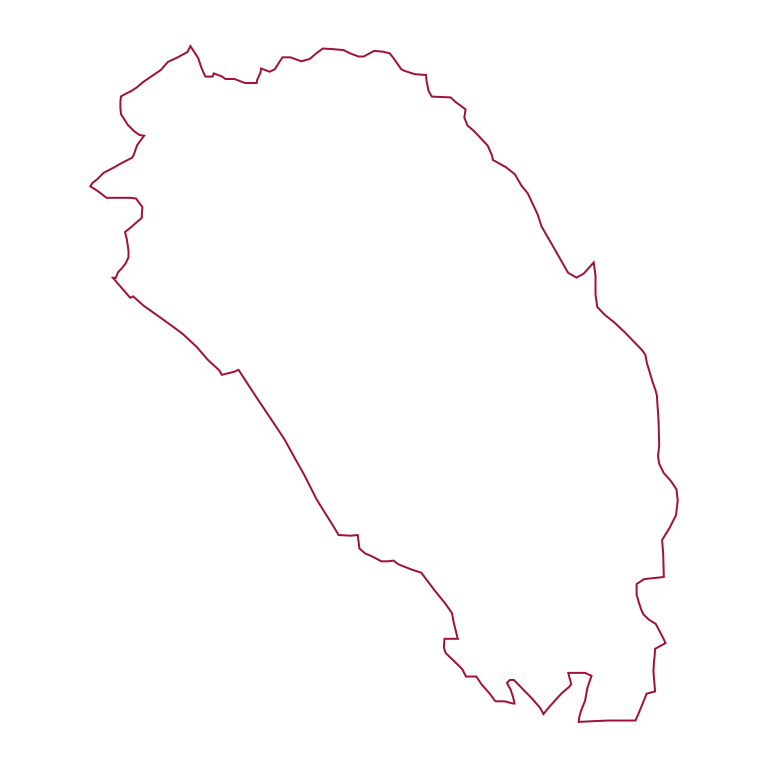 Sharbazher, As-Sulaymaniyah, Iraq
{"feature_id": "34846034B48461077478738", "entity_name": "Sharbazher", "entity_type": "district", "adm_level": 2, "iso_a3": "IRQ", "parent_name": "Iraq", "parent_adm1": "As-Sulaymaniyah", "projection": "mercator", "projection_center": [45.575, 35.704], "detail": "fine", "context": "isolated", "style": "outline", "palette": "rose", "viewbox_px": 768, "rotation_deg": 0, "n_neighbors": 0, "source": "geoboundaries", "source_scale": "gbopen_adm2", "svg_char_len": 3024}
<svg xmlns="http://www.w3.org/2000/svg" viewBox="0 0 768 768"><path d="M543.4,714.1L549.2,707.0L561.4,693.5L568.9,687.1L571.2,684.3L568.3,672.9L579.3,672.9L585.1,672.9L591.5,675.8L587.4,687.8L585.1,700.6L581.1,710.6L579.3,716.9L578.7,721.9L592.6,721.2L608.8,720.5L624.5,720.5L635.5,720.5L640.1,709.8L646.6,693.7L655.1,691.4L653.4,671.5L654.0,661.5L654.6,656.6L655.1,648.8L665.5,643.1L663.2,638.1L658.0,628.2L655.7,623.9L648.8,619.6L643.6,614.6L641.2,609.7L638.9,602.6L636.6,594.7L636.6,584.1L644.1,579.1L663.8,577.0L663.2,554.2L662.1,540.0L669.6,527.9L676.0,515.1L677.7,500.8L676.5,489.4L670.8,480.9L663.8,473.1L659.2,463.8L658.0,456.0L659.2,446.0L658.6,421.8L658.3,416.8L657.4,404.0L656.9,395.4L655.1,389.0L652.8,382.6L647.0,363.4L645.3,354.8L642.4,350.5L631.4,339.1L624.5,332.0L614.6,322.7L604.8,314.9L597.3,307.0L596.0,298.0L595.5,294.2L595.5,282.8L595.5,275.6L593.7,262.5L583.7,273.6L576.5,277.6L568.1,272.8L551.2,243.2L541.5,226.4L537.6,214.4L527.9,193.6L521.4,185.6L514.9,174.3L505.8,167.1L492.8,159.9L492.2,155.9L487.6,145.5L474.0,131.1L467.5,125.5L464.3,117.5L465.6,109.4L455.8,102.2L450.6,97.4L431.8,96.6L428.6,91.0L426.6,81.4L426.0,75.0L414.9,74.2L404.6,70.9L401.3,69.3L393.5,58.1L389.6,53.3L383.1,51.7L374.1,50.9L363.7,56.5L358.5,56.5L353.1,54.5L350.0,53.3L343.6,50.1L335.1,49.3L322.8,48.5L316.3,53.3L309.8,58.9L301.4,61.3L290.3,57.3L282.5,57.3L279.3,62.1L274.8,69.3L269.6,71.7L261.1,68.5L260.5,72.6L257.2,79.8L256.6,83.0L252.7,83.0L244.9,83.0L234.5,79.0L225.4,79.0L222.2,76.6L213.8,73.4L212.5,76.6L205.3,76.6L201.4,67.7L198.2,58.1L190.4,46.1L187.5,52.0L178.3,57.0L167.8,62.0L160.9,69.9L143.0,82.1L137.2,87.1L130.8,91.3L126.2,93.5L121.0,96.4L120.4,101.4L120.4,107.8L121.0,114.2L127.9,125.0L134.3,131.4L139.5,135.0L144.1,135.7L137.2,145.0L133.7,155.0L132.0,157.8L122.1,162.8L114.6,167.1L103.6,172.8L97.2,179.3L92.6,182.8L90.3,186.4L97.2,190.7L106.5,197.8L121.0,197.8L130.2,197.8L136.0,198.5L141.8,206.3L142.4,207.1L141.8,215.0L141.8,217.8L136.0,222.8L132.0,226.4L125.0,232.1L126.8,239.2L128.5,250.7L128.5,257.1L125.6,263.5L121.0,269.2L118.1,272.1L115.8,277.8L112.9,277.8L121.5,287.8L130.2,297.8L133.1,296.3L143.5,305.6L172.5,326.3L182.9,334.1L196.8,347.0L207.8,359.8L219.4,370.5L221.7,374.8L233.8,371.9L238.5,369.8L254.7,394.7L268.5,415.4L272.1,420.7L284.2,438.9L295.2,458.8L304.4,475.2L316.6,499.4L324.1,511.5L332.2,524.3L338.6,535.0L350.7,535.7L357.7,535.0L358.8,543.5L359.4,548.5L365.2,553.5L370.4,555.6L381.4,561.3L387.8,561.3L393.5,560.6L398.2,564.2L405.1,567.0L412.6,569.9L421.3,572.7L425.4,578.2L434.1,589.8L445.6,604.0L452.0,613.2L453.7,622.5L457.2,636.6L457.8,638.8L457.2,638.8L450.3,638.8L444.5,638.8L444.0,645.5L443.9,647.3L444.0,647.7L445.6,653.0L458.9,665.8L462.4,669.4L465.9,676.5L476.3,676.5L481.5,684.3L490.2,694.2L494.8,700.6L496.0,701.3L504.7,701.3L512.8,703.5L514.0,703.5L514.5,703.5L514.0,701.2L513.3,697.8L510.5,689.3L508.7,686.4L507.7,684.4L507.0,682.9L507.7,682.1L509.9,680.0L513.9,680.0L531.3,697.8L540.0,707.7L542.4,712.1L543.4,714.1Z" fill="none" stroke="#9f1239" stroke-width="2"/></svg>